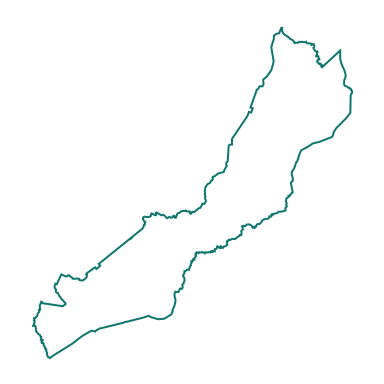 the district of Kajiado East, Rift Valley, Kenya, rotated 268°
{"feature_id": "3690345B56316730609732", "entity_name": "Kajiado East", "entity_type": "district", "adm_level": 2, "iso_a3": "KEN", "parent_name": "Kenya", "parent_adm1": "Rift Valley", "projection": "albers", "projection_center": [37.165, -1.892], "detail": "fine", "context": "isolated", "style": "outline", "palette": "teal", "viewbox_px": 384, "rotation_deg": 268, "n_neighbors": 0, "source": "geoboundaries", "source_scale": "gbopen_adm2", "svg_char_len": 5949}
<svg xmlns="http://www.w3.org/2000/svg" viewBox="0 0 384 384"><g transform="rotate(268 192 192)"><path d="M179.1,285.4L182.4,286.2L184.0,288.7L184.8,288.4L184.9,289.8L186.0,290.0L186.4,290.9L187.6,291.7L187.7,292.4L189.3,292.5L197.8,291.1L199.8,293.2L203.7,293.0L206.0,292.2L209.1,292.6L209.8,293.4L212.6,295.2L218.1,297.2L219.4,298.5L220.4,298.7L221.6,299.5L222.7,299.4L228.4,301.8L229.9,302.7L233.4,309.8L236.4,314.5L237.4,320.2L242.1,333.9L244.3,335.1L246.9,335.7L250.9,338.5L260.4,348.7L265.6,353.0L282.2,353.9L284.1,354.2L284.9,355.1L285.7,355.4L287.3,355.4L288.1,355.0L288.4,354.3L289.5,354.3L289.7,353.7L290.7,353.1L290.7,351.8L291.8,350.9L292.9,348.4L294.5,347.7L298.1,348.0L302.1,349.6L303.9,349.6L308.1,348.6L313.9,346.2L319.2,344.8L328.2,345.0L312.1,326.3L312.8,325.7L313.2,326.1L313.7,325.6L314.3,326.3L314.6,326.2L315.7,324.8L315.3,323.9L315.5,323.5L316.5,323.2L317.1,322.5L317.1,321.9L318.9,321.8L319.8,322.8L320.0,323.9L320.4,323.9L320.9,323.8L321.6,323.0L323.2,323.0L323.5,321.9L323.2,320.9L323.5,320.7L324.9,321.8L326.9,321.7L327.2,322.2L327.9,322.3L328.6,320.0L330.9,318.6L331.9,318.4L332.5,319.1L333.8,319.4L335.6,318.7L335.6,317.9L335.0,317.4L334.8,316.5L335.4,316.5L336.3,316.0L336.6,312.3L338.3,311.2L337.6,309.8L338.3,307.7L338.1,305.3L338.4,304.4L337.4,303.1L337.6,300.9L337.2,299.6L338.6,299.4L338.9,298.8L340.0,298.2L340.7,297.4L341.3,295.7L343.6,293.7L343.7,293.0L344.4,292.6L346.1,289.9L347.2,288.9L350.2,287.5L352.9,287.9L353.0,287.6L352.7,286.8L347.6,284.7L347.1,281.9L345.5,279.6L344.9,279.2L342.8,279.3L334.0,276.3L320.1,278.1L318.5,277.9L310.9,275.5L304.7,270.7L302.0,267.2L300.9,267.0L297.4,267.3L295.4,266.4L295.0,265.6L295.4,264.1L295.3,263.5L294.6,262.6L293.1,262.1L292.0,260.4L274.4,253.4L273.5,255.6L269.3,253.9L270.1,251.8L265.8,249.9L243.6,233.8L238.0,233.6L237.9,231.0L236.2,230.2L221.7,228.8L219.8,227.2L218.2,227.1L217.1,227.7L212.4,224.9L211.2,224.7L210.8,224.2L209.5,218.5L207.0,215.2L206.4,213.3L206.0,213.0L204.3,213.3L203.1,212.7L203.2,212.4L202.5,211.4L200.5,210.4L199.4,208.0L196.9,205.8L192.8,204.8L189.9,205.0L189.0,204.6L187.4,205.3L185.5,204.8L182.9,205.6L181.1,205.1L179.6,203.6L180.0,202.6L179.9,201.9L177.6,200.9L175.8,199.7L175.6,198.3L171.8,193.3L172.2,191.9L170.3,190.0L170.8,189.3L172.0,189.7L172.7,188.9L172.7,186.3L173.7,185.2L173.2,183.9L173.4,183.1L173.3,180.8L171.6,178.7L171.2,177.1L170.8,176.6L169.2,176.0L168.4,175.2L167.2,175.3L166.8,174.9L166.9,174.1L167.6,173.5L168.8,173.1L168.9,172.5L167.3,171.4L167.1,169.7L168.0,168.6L166.6,166.3L170.1,162.9L170.2,162.0L169.7,160.8L172.7,155.9L172.3,155.2L171.6,155.1L170.4,155.4L170.0,154.9L170.1,154.2L172.0,151.0L171.6,150.5L169.4,149.9L168.9,149.2L168.4,147.2L169.0,144.0L168.7,142.8L167.9,142.1L166.5,142.0L164.6,143.3L163.9,143.4L163.7,144.2L161.1,143.7L161.0,142.8L158.5,142.2L157.1,141.2L148.7,130.0L148.3,130.3L147.1,128.5L147.4,128.3L123.4,96.3L121.5,97.7L118.4,93.8L120.1,92.5L114.2,83.6L113.3,83.4L113.0,84.2L110.5,83.7L109.2,82.5L107.6,80.2L107.4,78.9L107.7,77.1L108.2,76.1L109.0,76.2L109.5,74.9L109.4,70.1L111.1,68.6L111.9,67.2L113.1,66.2L113.1,65.3L112.1,64.0L112.0,63.1L114.2,58.6L104.5,53.6L105.2,52.3L103.0,51.4L101.1,51.5L100.0,52.0L99.2,52.8L98.1,52.4L96.8,52.6L96.0,53.5L95.8,54.4L93.1,55.5L90.9,57.2L89.5,57.8L88.4,59.1L86.0,60.9L85.8,61.4L84.3,61.7L82.4,58.8L86.2,38.0L87.5,38.1L87.7,37.6L83.5,35.8L82.6,36.1L81.4,35.8L80.2,36.3L79.7,35.9L79.6,35.0L77.7,35.2L75.7,33.5L73.2,32.8L72.3,31.5L71.7,31.1L71.6,29.8L71.3,29.6L69.9,30.1L69.1,29.7L69.0,30.2L66.6,30.0L65.5,29.4L64.6,29.3L64.3,28.7L63.7,28.6L63.9,30.5L63.6,30.8L60.5,31.4L58.3,31.3L55.3,33.7L54.2,35.2L52.6,35.6L52.4,36.3L50.2,35.9L50.4,36.3L49.3,36.8L49.2,37.6L48.6,37.2L48.6,36.4L47.8,36.5L47.0,37.0L46.6,36.5L46.3,36.7L46.4,38.0L45.3,38.5L44.0,38.3L41.7,39.9L40.7,39.7L40.6,40.2L39.8,40.9L38.0,40.8L36.4,41.5L35.9,41.3L32.5,42.0L31.7,42.9L31.6,43.8L31.0,44.2L33.8,48.3L44.3,66.6L52.5,78.1L52.6,78.9L53.6,80.3L56.8,86.4L56.8,87.6L55.9,90.3L56.6,90.9L59.0,95.3L59.0,96.4L63.7,118.6L64.6,121.4L64.7,122.8L66.3,130.3L68.2,139.2L69.7,143.9L69.7,144.6L68.3,146.7L66.0,153.8L66.4,160.1L70.4,167.1L71.5,167.4L73.1,168.6L74.2,168.2L78.9,170.5L82.9,171.6L85.5,171.7L88.0,171.0L90.5,170.9L92.3,171.5L93.1,172.1L92.5,173.3L92.6,174.7L93.1,175.4L95.6,176.3L96.0,177.0L95.5,178.4L96.9,179.4L99.7,179.1L100.8,180.4L101.6,180.4L103.7,181.5L106.1,181.3L107.0,181.1L107.5,180.5L109.1,180.1L111.1,181.6L113.1,181.7L113.1,182.8L114.4,184.0L114.7,185.4L114.4,186.2L115.0,186.1L115.6,186.8L117.0,187.0L118.7,188.4L119.3,188.1L120.4,188.4L121.4,189.3L122.6,188.9L122.6,189.5L123.5,189.9L123.2,190.4L123.4,190.9L124.3,191.1L124.4,191.6L124.8,191.0L125.1,191.0L126.7,193.1L127.7,193.7L128.1,193.3L129.6,194.0L130.2,194.1L130.3,193.5L130.9,193.8L131.6,194.7L131.3,195.9L130.7,196.3L131.5,197.5L131.2,197.8L131.5,199.6L131.4,200.4L131.1,200.5L131.4,201.4L130.4,202.5L130.7,202.6L130.8,203.2L131.1,203.2L131.3,203.8L131.0,205.5L131.3,206.5L131.1,207.3L131.4,207.9L131.1,208.1L132.4,209.3L132.2,209.8L131.3,209.9L131.2,210.6L132.4,211.4L132.0,212.7L134.1,212.9L134.4,214.5L136.8,215.4L135.0,217.8L135.1,218.3L136.4,218.2L136.8,218.5L136.5,219.4L135.1,220.1L135.1,221.0L136.3,221.8L136.5,223.1L137.9,225.4L141.4,225.2L141.9,225.8L142.1,226.9L142.9,227.0L143.1,228.1L142.8,229.0L143.8,230.5L143.5,233.4L145.9,236.6L146.3,237.6L147.3,238.2L147.5,238.5L147.0,239.0L147.2,239.6L148.8,240.1L151.4,239.9L152.7,241.5L153.9,241.3L155.1,241.6L155.9,240.8L156.2,241.1L156.4,242.2L156.1,244.2L157.5,245.4L157.7,247.8L156.5,250.2L154.3,251.4L154.9,252.2L153.9,253.0L153.9,253.4L154.5,254.2L155.3,253.8L155.4,254.8L157.1,255.6L157.7,256.5L157.6,258.1L158.0,258.9L161.8,261.9L162.5,264.4L162.6,267.0L163.6,268.3L164.9,268.4L164.8,270.4L166.4,270.6L166.9,271.0L166.3,271.5L166.4,272.1L167.2,272.4L167.9,276.1L169.3,277.9L169.2,280.4L169.6,281.5L169.5,283.1L169.8,283.9L170.7,285.0L172.6,284.6L174.2,286.3L175.5,285.7L177.3,286.3L179.1,285.4Z" fill="none" stroke="#0f766e" stroke-width="2"/></g></svg>